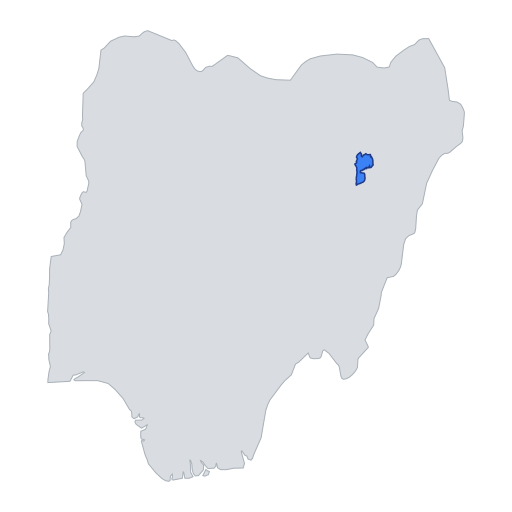 location of Gulani, Yobe, Nigeria
{"feature_id": "59680162B10585943230735", "entity_name": "Gulani", "entity_type": "district", "adm_level": 2, "iso_a3": "NGA", "parent_name": "Nigeria", "parent_adm1": "Yobe", "projection": "equal_earth", "projection_center": [11.802, 10.918], "detail": "fine", "context": "in_parent", "style": "filled", "palette": "blue", "viewbox_px": 512, "rotation_deg": 0, "n_neighbors": 0, "source": "geoboundaries", "source_scale": "gbopen_adm2", "svg_char_len": 6387}
<svg xmlns="http://www.w3.org/2000/svg" viewBox="0 0 512 512"><path d="M428.7,38.6L444.7,67.7L448.1,89.5L449.4,100.2L452.0,101.4L457.0,102.0L460.6,104.2L462.7,107.7L464.1,111.1L464.4,113.0L463.4,126.1L462.1,130.8L462.9,137.2L462.7,140.0L462.1,141.9L459.9,144.0L456.9,146.1L449.7,152.3L447.7,153.3L444.7,153.4L442.0,155.0L438.9,158.3L432.3,170.8L426.6,183.4L422.4,203.7L417.4,210.1L416.5,215.7L415.7,228.4L414.9,232.3L414.1,233.4L408.7,235.8L405.6,238.7L403.7,244.5L401.3,264.1L400.4,267.3L398.7,270.7L395.9,274.4L393.5,276.4L387.2,277.7L381.3,292.5L381.2,295.1L378.6,308.5L374.0,318.6L373.7,325.1L368.0,334.0L365.0,340.0L368.1,346.3L368.3,347.4L358.5,358.1L357.9,359.7L357.5,367.1L356.7,369.1L354.9,371.8L352.2,374.8L349.5,377.1L346.5,378.7L343.5,379.3L341.9,378.4L340.9,376.1L339.3,367.1L338.5,365.1L336.6,363.4L329.0,353.4L324.4,349.9L323.4,350.1L322.7,351.1L321.3,356.1L320.1,358.0L317.6,358.6L313.4,358.7L310.4,358.0L309.7,357.0L308.2,353.0L298.8,362.1L295.5,364.1L291.3,374.9L285.3,380.2L281.2,384.9L270.2,399.6L268.0,403.9L265.8,410.3L261.1,437.8L253.5,455.1L252.5,458.7L252.0,458.6L251.0,460.2L248.1,459.1L246.8,456.0L245.0,455.4L241.8,450.8L241.2,451.5L244.5,463.4L243.2,468.0L234.0,468.2L226.0,469.7L220.5,469.6L217.7,467.9L216.5,463.4L216.0,463.9L215.8,466.3L214.0,468.2L207.9,468.5L205.2,465.5L203.0,462.1L200.6,460.6L201.0,462.0L203.7,465.3L203.3,470.1L198.4,475.6L195.2,475.9L193.3,473.5L192.3,469.7L191.8,463.9L190.5,460.2L189.8,460.2L190.6,466.4L190.6,472.2L193.0,476.7L189.4,478.2L185.0,478.3L184.5,476.6L183.9,472.9L183.2,471.9L182.3,478.3L173.3,480.0L172.1,479.8L171.8,478.6L172.5,476.8L172.3,474.0L170.4,476.2L170.0,480.6L168.9,481.3L165.5,480.7L161.8,478.4L155.8,472.8L148.4,463.8L147.2,459.8L145.1,454.8L141.3,441.1L142.0,440.4L143.7,441.2L144.6,439.9L141.5,439.0L140.9,438.0L140.7,434.9L140.8,431.2L145.5,429.3L146.6,427.0L147.2,424.8L141.5,428.2L136.1,424.3L134.9,422.0L135.5,420.2L141.8,420.1L144.0,418.3L142.6,417.7L140.3,417.7L139.4,416.6L139.5,413.8L138.7,414.4L137.7,416.9L134.0,418.7L131.9,416.9L131.7,412.8L131.3,411.0L129.5,409.5L123.2,398.7L115.3,389.7L108.2,383.5L97.6,380.6L75.2,380.7L73.9,379.8L75.3,378.4L77.3,377.5L84.5,372.5L83.3,371.8L75.8,374.9L73.2,375.2L69.9,381.3L47.9,382.6L47.9,379.8L49.0,371.9L50.4,366.4L48.9,359.8L48.6,353.8L49.5,351.9L49.8,349.6L49.7,334.2L50.9,332.0L51.0,330.4L48.7,323.8L48.8,318.8L48.4,313.9L47.6,311.7L48.7,292.9L48.4,288.3L49.2,285.0L49.6,276.9L49.6,269.0L51.2,256.5L60.6,254.8L63.0,249.9L64.3,243.7L64.0,237.5L67.1,232.2L70.8,227.4L70.7,222.2L71.7,220.6L73.5,219.4L76.0,218.7L78.9,216.1L80.5,211.6L82.0,204.3L79.7,199.2L79.7,198.1L80.7,195.3L82.2,192.6L83.4,191.7L86.1,192.4L87.0,191.3L88.8,183.3L88.7,181.1L86.2,175.7L84.9,161.2L84.2,159.3L82.3,156.6L77.1,146.4L77.2,141.5L79.5,135.3L81.0,132.3L83.0,130.6L83.4,129.2L82.8,127.5L81.9,126.2L81.7,123.4L82.7,119.5L82.5,115.2L83.2,93.3L87.5,89.0L93.8,81.9L97.0,74.5L98.8,68.8L101.0,50.1L104.3,48.0L110.6,41.2L119.1,37.2L124.6,36.0L134.2,36.8L139.1,36.1L143.3,32.4L145.2,31.4L147.8,30.7L171.7,40.5L173.9,40.0L175.7,40.7L178.7,43.3L185.6,52.3L193.0,66.4L195.2,69.4L197.5,71.0L199.9,71.6L201.7,71.4L203.4,70.0L205.7,67.4L209.3,66.2L212.2,66.4L227.2,55.6L228.6,55.5L237.8,57.8L250.2,68.6L260.4,75.7L267.6,78.1L276.0,79.7L290.4,80.2L301.3,65.1L305.3,61.8L310.2,58.8L320.3,56.0L337.0,54.1L352.7,54.9L362.5,57.5L372.7,62.5L377.2,67.2L384.2,68.0L389.2,67.0L390.8,62.3L395.8,56.2L403.3,50.5L409.4,46.5L414.4,44.7L418.9,40.1L422.5,38.7L428.7,38.6ZM208.4,474.6L205.0,476.1L202.8,475.7L205.9,469.5L207.4,470.8L209.4,471.4L208.4,474.6Z" fill="#d9dde1" stroke="#a8b0b8" stroke-width="1"/><path d="M373.1,165.0L372.8,161.9L372.9,161.4L372.8,160.1L372.6,159.3L372.5,159.1L372.4,158.5L372.2,158.4L372.1,157.9L371.6,157.5L371.5,156.9L371.0,157.1L370.7,157.0L370.4,156.3L370.7,155.2L370.3,154.5L367.6,154.8L366.6,154.3L366.3,154.0L365.8,153.7L365.3,154.1L365.0,154.3L364.8,154.5L363.8,154.9L363.8,155.0L363.4,155.1L362.3,156.8L361.9,156.6L361.2,155.7L361.5,154.5L361.4,153.9L360.6,152.9L360.3,152.4L359.0,153.5L358.5,153.7L358.2,154.2L357.7,154.6L357.2,155.2L357.0,155.6L356.5,156.9L356.6,157.6L357.0,157.9L357.5,158.9L357.4,159.0L356.3,161.5L356.7,162.0L356.7,162.3L356.5,162.9L355.8,163.4L355.5,163.6L355.1,163.9L354.9,164.0L355.0,164.5L355.1,164.8L355.3,165.1L355.5,165.3L355.9,165.9L356.0,166.1L356.1,166.3L356.2,166.5L356.3,166.7L356.4,166.9L356.5,167.1L356.7,167.6L356.8,168.0L356.8,168.5L356.8,169.4L356.8,169.7L356.7,169.9L356.7,170.0L356.7,170.4L356.7,170.5L356.8,170.9L357.0,171.3L357.1,171.9L357.0,172.4L357.0,172.5L356.9,172.7L357.0,172.9L357.0,173.2L356.9,173.5L356.8,174.0L356.8,174.3L356.7,174.7L356.7,175.1L356.7,175.3L356.7,175.5L356.6,176.2L356.4,176.9L356.4,177.1L356.3,177.5L356.3,178.0L356.3,178.8L356.2,179.2L356.3,179.7L356.5,180.8L356.5,181.8L356.3,182.6L356.2,183.3L356.1,183.7L356.2,183.9L356.2,184.3L356.3,185.0L356.5,185.1L356.9,185.0L357.0,184.8L357.5,184.2L357.8,184.0L358.3,184.0L358.6,183.9L359.0,183.8L359.3,183.6L359.8,183.6L360.1,183.5L360.6,183.1L361.2,183.0L362.0,182.5L362.9,182.2L363.2,182.0L363.8,181.4L364.5,180.7L365.0,178.7L365.0,177.9L365.0,177.5L364.9,177.2L364.8,176.5L364.8,176.1L364.8,175.5L364.8,175.1L364.7,174.6L364.6,174.2L364.5,173.8L364.5,173.7L364.4,173.6L364.3,173.4L364.1,173.3L364.0,173.2L363.9,173.1L363.7,173.1L363.3,173.1L360.8,172.7L360.4,172.7L360.3,171.8L360.3,171.6L360.5,171.0L360.6,170.8L360.6,170.7L360.8,170.6L361.0,170.6L361.3,170.5L361.6,170.6L361.8,170.7L362.2,170.3L362.3,170.3L362.6,170.2L362.8,170.0L362.9,169.8L362.9,169.7L363.0,169.6L363.3,169.6L363.3,169.8L363.5,169.7L363.8,169.6L363.8,169.4L364.0,169.3L364.0,169.2L364.1,168.9L364.3,168.8L364.5,168.8L364.6,168.7L364.7,168.8L364.8,168.9L364.9,168.7L365.0,168.6L365.3,168.5L365.3,168.4L365.3,168.2L365.5,168.0L365.6,167.9L365.8,168.0L366.0,167.9L366.2,168.0L366.3,168.1L366.3,167.9L366.5,167.8L366.6,167.7L366.7,167.8L366.8,167.7L367.0,167.7L367.2,167.8L367.3,167.8L367.3,167.7L367.4,167.8L367.5,167.8L367.8,167.8L367.9,168.0L368.0,168.0L368.1,167.9L368.3,167.8L368.3,167.7L368.5,167.6L368.8,167.5L368.8,167.4L368.8,167.2L369.0,167.0L369.0,166.9L369.2,167.0L369.3,167.0L369.3,166.9L369.5,166.7L369.6,166.4L369.7,166.8L369.9,167.7L370.0,167.7L370.3,167.6L370.5,167.5L370.7,167.4L370.8,167.4L371.0,167.4L371.2,167.2L371.3,167.2L371.7,166.7L372.0,166.4L372.2,165.5L372.5,165.3L372.9,165.3L373.1,165.0Z" fill="#3b82f6" stroke="#1e3a8a" stroke-width="1.5"/></svg>